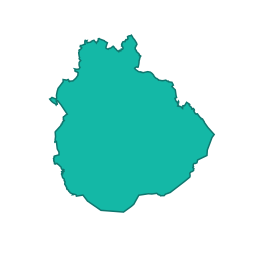 Vinje nor, Telemark, Norway (Mercator projection), rotated 204°
{"feature_id": "86288312B99450308134053", "entity_name": "Vinje nor", "entity_type": "district", "adm_level": 2, "iso_a3": "NOR", "parent_name": "Norway", "parent_adm1": "Telemark", "projection": "mercator", "projection_center": [7.901, 59.807], "detail": "fine", "context": "isolated", "style": "filled", "palette": "teal", "viewbox_px": 256, "rotation_deg": 204, "n_neighbors": 0, "source": "geoboundaries", "source_scale": "gbopen_adm2", "svg_char_len": 5827}
<svg xmlns="http://www.w3.org/2000/svg" viewBox="0 0 256 256"><g transform="rotate(204 128 128)"><path d="M97.9,49.4L93.0,57.9L91.7,60.7L90.8,71.0L82.7,76.2L79.4,77.4L75.2,80.0L74.5,79.9L73.3,79.4L71.6,79.7L70.7,79.3L69.1,80.2L67.6,80.8L67.4,81.1L67.1,82.1L66.8,82.8L63.2,86.3L54.5,102.4L51.6,108.2L51.6,108.7L51.9,109.6L52.1,110.1L53.1,111.6L53.1,112.2L52.6,113.4L52.0,114.2L51.7,114.3L50.8,115.8L51.1,116.2L51.2,116.6L51.4,116.8L51.4,117.1L51.2,117.4L51.2,117.6L52.8,118.2L52.8,118.5L52.4,119.3L53.4,120.5L53.5,121.6L53.1,122.6L52.0,123.0L50.9,124.3L51.4,127.1L44.7,135.0L46.6,140.2L47.4,153.5L46.6,157.1L55.3,161.0L60.5,164.1L60.8,164.6L63.7,166.6L64.8,166.1L64.9,166.4L65.6,166.9L67.0,167.2L70.4,169.2L70.9,169.0L71.1,168.5L71.4,168.4L72.4,168.5L74.9,170.4L74.6,171.3L75.0,171.8L76.2,172.4L76.6,171.9L76.7,171.5L77.4,171.2L77.5,171.3L77.4,171.8L77.8,172.1L79.1,172.9L80.6,173.3L81.7,174.1L81.8,174.2L81.4,174.7L81.7,174.8L84.9,175.3L85.4,171.4L86.9,170.7L86.1,168.1L87.4,168.5L87.7,168.8L88.4,169.1L89.4,168.7L91.6,168.3L91.6,168.7L91.0,169.2L92.1,170.1L92.3,170.6L92.7,170.8L92.1,171.4L92.2,171.5L92.2,172.1L92.4,172.4L92.4,172.6L92.8,172.9L92.7,172.0L93.1,171.4L93.3,171.4L93.4,171.6L94.6,171.9L95.3,172.3L97.2,174.2L96.0,175.6L97.1,176.9L100.3,182.0L104.6,183.6L104.4,184.0L104.6,184.4L104.5,184.9L104.0,185.6L105.0,186.5L105.8,187.0L106.4,187.6L109.9,186.7L110.2,187.2L111.3,186.8L112.9,187.1L115.5,185.3L116.3,185.1L116.9,184.8L118.7,184.5L119.1,184.2L119.6,184.1L120.0,184.6L120.8,184.6L121.8,185.0L122.9,184.8L125.2,185.8L126.0,186.6L128.1,187.6L130.2,188.1L132.9,187.5L136.8,184.6L137.7,184.6L138.5,184.2L138.7,184.5L139.2,184.5L139.3,184.3L140.5,183.9L141.5,183.8L144.8,184.5L145.8,185.0L146.3,185.3L145.2,187.2L144.0,187.4L143.5,187.8L144.2,191.0L144.7,192.6L145.2,193.9L145.3,195.0L145.8,197.3L145.6,198.9L146.4,199.1L147.1,198.8L147.7,199.9L148.4,200.3L151.4,201.3L151.6,201.8L152.0,202.2L153.5,203.0L154.2,204.6L153.9,205.6L154.1,206.1L153.8,207.9L154.3,208.4L154.5,208.9L157.6,211.1L160.4,212.5L161.0,213.1L162.7,214.2L163.4,213.1L164.2,212.8L165.0,212.1L165.1,211.8L165.6,211.3L165.6,211.2L165.1,210.8L165.1,210.6L164.8,210.3L164.6,209.7L164.3,209.5L164.5,208.6L165.0,208.2L165.7,208.1L165.9,207.7L165.8,207.2L166.1,206.8L165.8,206.2L165.9,205.6L166.5,205.5L167.6,204.7L167.8,204.4L167.8,203.4L167.7,203.1L167.9,202.7L167.7,202.1L167.8,201.7L167.3,201.3L167.2,200.3L166.5,200.3L165.9,199.8L165.6,199.8L165.0,198.9L164.9,198.5L165.1,197.6L165.9,197.6L166.4,197.1L166.1,196.6L166.0,195.7L166.3,195.7L166.5,195.4L167.3,195.6L167.6,195.4L167.7,195.0L167.4,194.3L167.3,194.0L167.4,193.9L168.3,194.2L169.5,194.3L171.0,195.1L172.9,195.7L173.8,196.4L174.2,196.5L174.5,196.3L174.9,196.6L176.5,193.6L177.5,193.2L177.8,192.8L178.2,191.8L179.6,191.9L180.1,191.8L180.8,192.3L181.1,193.3L181.4,196.0L181.5,196.3L181.4,196.6L181.5,197.5L184.1,197.7L185.2,198.1L190.0,197.8L190.8,198.0L191.4,197.4L191.2,196.9L190.9,195.9L191.0,195.3L190.8,195.0L191.1,194.8L191.2,194.4L191.1,194.2L191.5,193.8L191.5,193.2L191.4,192.8L193.7,193.7L194.7,194.3L195.3,193.9L196.3,192.8L196.9,192.0L197.0,191.2L199.1,189.9L199.9,189.2L201.0,190.6L201.0,191.1L201.7,190.5L202.3,190.5L202.9,191.3L202.8,191.1L202.8,190.1L202.6,189.4L201.7,187.6L201.3,187.1L202.3,186.3L203.7,184.7L205.0,184.0L204.9,183.7L204.8,182.8L203.8,182.8L203.8,182.7L203.1,182.6L203.1,182.4L202.9,182.3L203.0,182.1L203.0,181.6L203.5,180.5L203.4,180.3L203.5,180.0L204.3,179.6L204.3,178.9L203.7,178.0L203.6,177.4L203.7,176.8L201.8,173.7L200.8,172.6L200.9,171.8L200.7,171.3L199.5,170.7L199.1,170.7L198.6,170.4L199.3,168.1L198.9,167.1L198.7,166.4L197.8,164.8L196.5,163.8L196.9,161.7L199.0,160.7L199.2,160.4L199.8,160.5L200.7,160.3L200.5,160.2L200.1,159.9L199.7,158.5L198.4,158.3L197.5,158.6L197.2,158.4L196.1,158.3L195.2,155.5L195.9,152.2L197.5,148.6L199.7,147.4L200.3,146.5L201.0,146.6L201.0,147.2L202.4,148.0L203.5,146.8L207.0,145.9L206.0,143.8L206.3,142.9L207.0,139.8L208.0,135.8L207.6,132.7L206.7,128.8L205.3,126.2L205.3,125.1L209.9,125.0L210.1,124.7L210.4,123.7L211.3,122.6L210.0,121.9L208.4,121.2L206.4,120.7L203.9,120.5L203.0,119.8L202.9,120.6L202.6,120.7L202.3,121.0L203.1,122.2L204.6,123.4L203.5,124.4L198.6,121.9L189.1,115.9L190.3,114.4L190.9,112.7L191.5,112.0L191.5,111.5L191.0,110.5L190.6,110.0L190.6,109.9L190.5,109.6L190.2,109.3L190.2,109.2L189.9,109.1L190.0,109.0L189.3,108.8L189.7,108.0L189.8,107.4L190.2,107.0L190.1,106.7L190.2,106.4L190.0,106.0L190.1,105.9L190.0,105.7L190.0,105.3L189.9,104.9L190.5,104.4L190.4,103.7L190.3,103.4L190.4,103.0L190.3,102.9L192.8,95.4L192.9,94.7L190.7,90.7L189.7,87.4L189.2,86.8L189.2,86.0L189.3,85.9L189.3,85.7L189.0,85.3L187.9,86.5L184.1,80.1L181.4,78.1L180.1,75.5L183.9,72.3L183.9,71.8L183.4,71.3L183.6,71.1L183.5,70.9L183.5,70.3L183.6,70.2L183.6,69.7L182.8,69.0L182.8,68.5L182.6,68.4L182.4,67.8L181.7,67.4L181.8,67.0L180.8,66.4L180.5,65.9L180.7,65.5L180.6,65.4L179.7,65.5L179.2,66.0L179.1,66.3L178.9,66.6L178.3,66.8L177.7,66.4L176.7,66.3L173.2,65.0L172.9,64.7L172.7,64.2L171.8,63.5L170.8,63.4L170.6,63.7L170.9,63.8L170.5,63.8L170.5,63.6L169.7,63.7L169.8,63.3L170.1,63.0L170.4,63.3L170.5,63.0L169.6,62.6L169.2,62.7L168.9,62.6L168.8,62.4L169.1,61.8L169.3,61.5L170.3,61.4L170.7,61.5L170.9,61.2L170.3,60.8L169.9,60.4L169.7,60.1L169.2,60.0L169.1,59.8L170.1,59.6L170.1,59.2L170.0,58.8L169.2,58.2L168.9,57.6L168.6,57.5L168.0,56.5L166.6,55.6L166.2,55.7L165.7,55.5L165.2,54.8L164.9,53.9L163.9,53.6L163.9,53.3L163.5,52.8L163.1,51.2L162.6,50.6L162.0,50.4L161.2,49.8L161.0,49.5L160.0,48.9L159.9,48.6L159.5,48.3L159.5,48.0L159.4,47.8L158.9,47.5L158.9,47.3L158.4,47.1L158.1,47.2L157.1,46.9L156.4,46.2L155.1,45.8L154.7,45.4L153.3,45.2L151.4,45.4L151.0,45.3L151.0,45.1L151.2,44.7L150.8,44.9L150.6,45.5L148.6,45.9L147.8,45.5L147.4,44.8L141.9,48.4L135.3,44.8L119.2,41.8L97.9,49.4Z" fill="#14b8a6" stroke="#0f766e" stroke-width="1.5"/></g></svg>